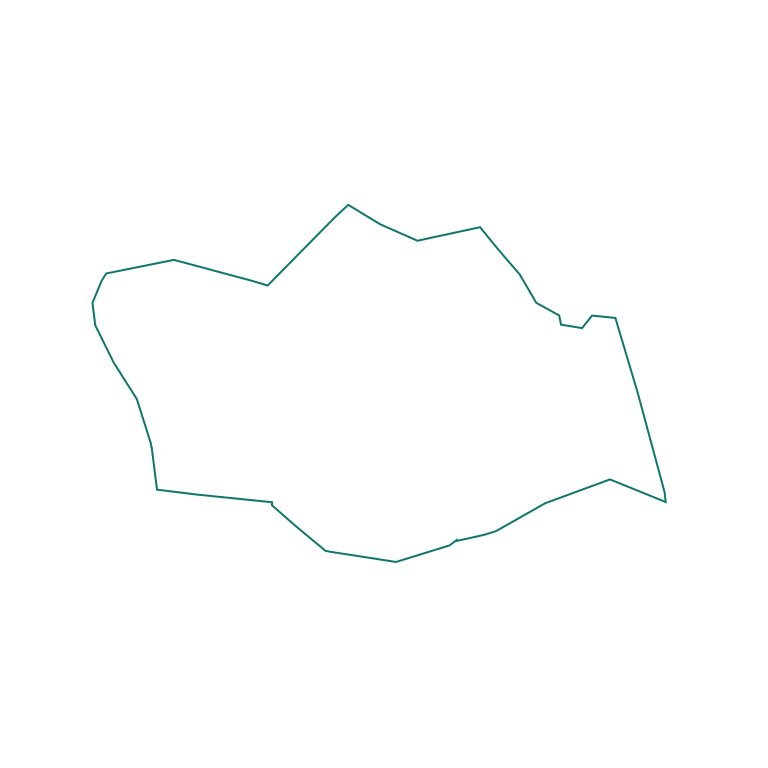 outline of Oguzhan, Mary, Turkmenistan, rotated 195°
{"feature_id": "10190150B14895102239013", "entity_name": "Oguzhan", "entity_type": "district", "adm_level": 2, "iso_a3": "TKM", "parent_name": "Turkmenistan", "parent_adm1": "Mary", "projection": "natural_earth1", "projection_center": [61.298, 37.395], "detail": "fine", "context": "isolated", "style": "outline", "palette": "teal", "viewbox_px": 768, "rotation_deg": 195, "n_neighbors": 0, "source": "geoboundaries", "source_scale": "gbopen_adm2", "svg_char_len": 907}
<svg xmlns="http://www.w3.org/2000/svg" viewBox="0 0 768 768"><g transform="rotate(195 384 384)"><path d="M84.8,351.8L136.8,441.4L177.6,507.7L200.8,503.9L204.1,496.2L207.2,489.2L207.8,489.2L227.6,487.2L228.3,487.1L232.1,494.7L232.5,495.5L257.9,501.8L258.8,502.7L281.1,524.8L300.3,537.9L308.5,543.6L312.1,546.1L331.8,560.3L332.4,560.0L356.0,547.9L375.5,537.9L388.8,531.0L389.3,531.1L429.0,537.3L447.6,542.7L464.6,547.7L464.9,547.8L475.0,531.6L521.9,449.0L538.3,449.5L619.1,449.5L680.9,418.9L683.5,410.3L686.3,389.0L686.6,386.9L678.1,366.0L669.2,355.9L663.8,349.7L650.6,334.7L618.9,305.5L599.5,275.2L593.6,265.9L592.4,262.9L592.1,262.9L575.9,223.2L536.6,228.7L461.5,240.8L460.8,237.8L432.5,223.9L397.3,207.7L391.7,208.1L326.4,215.2L279.0,245.0L273.3,252.2L272.8,251.4L248.1,264.3L238.1,270.6L237.3,271.3L197.5,310.5L141.1,350.3L81.4,342.9L84.8,351.8Z" fill="none" stroke="#0f766e" stroke-width="2"/></g></svg>